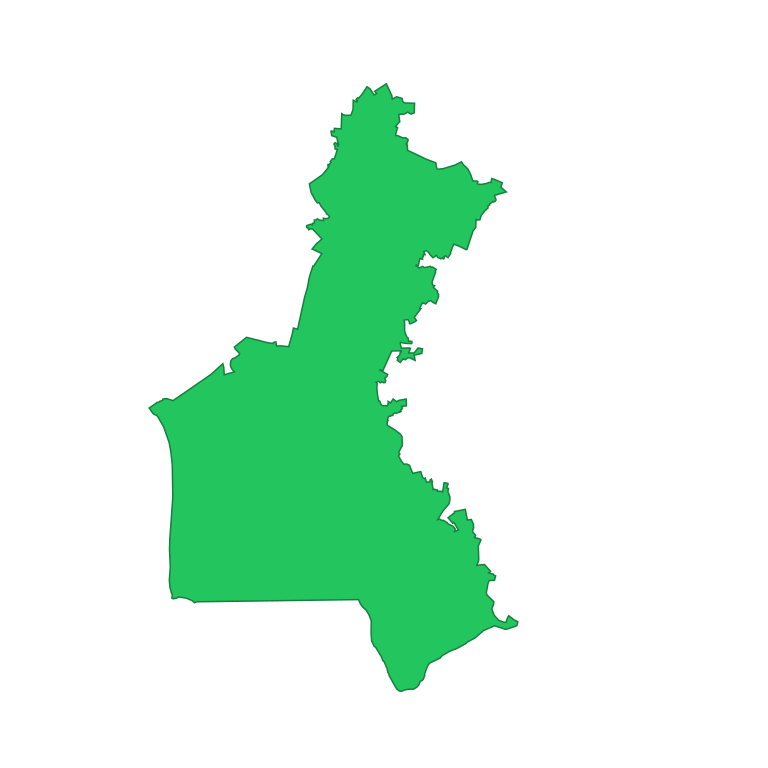 outline of Los Córdobas, Córdoba, Colombia, rotated 291°
{"feature_id": "7082276B12628358742837", "entity_name": "Los Córdobas", "entity_type": "district", "adm_level": 2, "iso_a3": "COL", "parent_name": "Colombia", "parent_adm1": "Córdoba", "projection": "albers", "projection_center": [-76.259, 8.823], "detail": "fine", "context": "isolated", "style": "filled", "palette": "green", "viewbox_px": 768, "rotation_deg": 291, "n_neighbors": 0, "source": "geoboundaries", "source_scale": "gbopen_adm2", "svg_char_len": 6171}
<svg xmlns="http://www.w3.org/2000/svg" viewBox="0 0 768 768"><g transform="rotate(291 384 384)"><path d="M544.1,242.6L536.7,247.3L531.3,253.5L529.1,256.9L530.1,258.5L527.5,261.4L523.2,268.7L522.2,269.3L522.1,270.6L520.7,273.1L518.7,272.6L517.4,270.0L517.1,268.0L514.9,269.0L513.9,264.7L514.3,262.6L512.3,261.1L512.1,260.2L509.4,261.2L508.2,259.6L507.0,260.1L506.8,258.2L504.1,255.0L502.5,255.7L502.1,257.5L501.0,258.5L502.6,259.7L503.0,262.0L497.1,274.1L490.8,270.7L484.2,268.5L483.5,279.2L468.8,276.1L468.6,275.3L456.2,276.1L446.8,277.9L436.2,278.8L404.2,283.7L403.8,279.4L397.4,280.5L384.7,281.6L382.7,274.1L380.9,270.1L384.6,267.9L383.1,265.8L382.0,266.0L380.7,259.3L378.3,238.9L364.9,231.1L363.4,232.6L360.7,238.4L358.7,238.1L354.7,235.3L353.4,233.5L350.9,232.8L347.9,233.3L345.4,234.5L343.4,236.7L341.8,240.0L335.3,231.6L342.2,228.4L345.2,226.3L330.4,218.7L292.9,193.0L292.5,186.5L291.1,183.5L290.5,182.9L289.3,183.1L287.5,180.9L285.7,179.7L285.6,178.9L277.4,173.4L273.8,178.7L273.2,180.2L273.2,183.1L272.4,184.5L264.9,193.8L252.2,204.5L244.5,209.2L232.6,215.3L202.7,227.4L162.8,239.5L152.7,243.0L136.5,250.1L123.8,253.9L117.2,257.2L112.8,260.4L112.6,261.0L109.9,262.4L108.1,262.6L107.9,264.2L109.7,267.1L111.7,268.8L113.2,276.4L113.0,282.9L111.8,285.3L113.6,287.3L173.6,437.5L170.3,440.7L168.2,443.9L166.6,448.1L163.5,452.3L158.5,456.9L146.8,461.2L139.8,464.5L135.7,468.7L135.1,470.7L128.6,479.1L125.4,482.0L124.8,483.6L119.5,488.8L116.3,490.8L115.1,492.4L113.5,493.4L104.1,504.7L102.9,508.2L103.2,510.2L105.8,513.0L107.8,516.2L109.7,521.0L112.6,523.2L115.8,524.4L119.3,524.3L120.9,525.9L122.5,526.5L126.4,526.5L127.9,525.8L135.9,525.7L139.7,526.6L148.1,534.5L151.3,535.7L157.7,540.8L163.5,547.1L170.6,553.1L172.9,554.3L179.6,560.0L189.5,565.3L197.9,573.8L198.5,585.3L200.0,587.7L205.9,594.6L209.6,594.3L210.1,594.0L210.4,590.0L212.4,583.6L210.4,583.1L205.1,583.3L204.6,581.1L204.5,575.6L207.7,569.6L212.7,565.2L217.3,565.3L220.1,564.6L223.8,556.0L225.8,554.3L234.9,552.6L237.6,552.6L238.3,552.9L240.3,557.5L244.9,557.0L244.9,555.0L245.7,554.1L245.1,549.4L247.3,550.6L251.5,542.4L248.0,535.7L253.5,535.6L266.6,530.1L273.2,530.4L273.7,529.3L273.1,523.5L275.3,523.8L276.5,522.4L277.2,520.4L278.5,519.4L282.1,519.2L285.2,517.6L288.8,514.1L286.9,510.6L296.1,504.8L290.2,495.5L288.8,495.8L282.1,491.7L278.6,498.1L279.8,499.0L274.4,505.7L271.5,502.8L274.1,502.5L275.9,499.8L276.3,494.2L277.1,492.9L278.0,488.6L277.4,487.0L277.8,484.3L276.7,482.8L286.6,484.5L295.3,487.6L299.4,487.1L302.5,485.8L306.5,482.2L309.6,481.6L309.4,479.6L313.7,479.7L314.1,478.1L313.2,475.5L304.3,477.4L304.2,475.3L303.0,472.2L304.2,471.7L303.6,467.9L302.4,468.1L309.3,464.0L310.0,464.4L312.2,462.3L310.8,461.4L309.0,462.0L307.6,458.6L311.0,456.3L310.2,455.6L310.5,453.5L315.4,449.7L310.9,442.8L317.3,436.9L317.4,433.7L316.2,431.3L318.2,427.9L322.0,423.4L324.3,423.9L324.8,422.6L326.7,422.3L332.8,423.2L341.5,419.6L343.2,416.8L345.0,410.9L346.5,402.5L347.6,401.3L349.3,400.9L350.1,400.2L351.4,401.0L352.6,399.8L353.6,400.0L354.2,399.6L355.6,400.1L356.5,401.9L357.3,402.0L357.8,403.5L359.5,403.3L360.7,404.3L361.3,406.3L364.2,409.6L364.4,408.9L364.9,409.5L366.1,409.0L366.9,409.7L368.3,409.7L369.5,408.5L371.6,412.8L377.9,410.2L374.2,403.9L372.0,402.0L373.3,397.9L368.6,396.9L369.3,394.1L366.8,395.0L364.9,395.0L363.2,389.9L363.9,388.5L366.6,386.0L366.3,385.1L371.9,381.6L377.3,378.9L382.0,377.5L382.8,376.0L384.6,378.1L383.8,380.3L385.3,381.2L385.0,383.1L385.6,384.4L387.8,384.4L389.5,382.6L392.4,384.1L394.2,384.0L395.7,374.3L396.2,378.2L417.6,379.4L421.2,388.3L420.1,388.5L420.0,387.8L416.5,388.2L413.5,386.8L413.3,387.6L410.9,388.0L409.9,391.4L414.2,392.8L414.3,395.2L416.8,396.8L417.6,398.0L417.2,404.6L421.7,401.8L426.0,408.3L430.7,407.4L429.8,402.9L423.8,401.0L421.8,396.0L426.5,395.9L426.2,395.2L426.8,395.1L423.7,387.2L427.7,384.6L428.7,384.4L429.7,389.9L431.5,395.1L432.2,395.4L433.8,394.8L432.8,391.7L435.6,390.0L435.5,389.2L439.4,385.3L442.0,383.8L448.4,381.4L450.8,379.9L452.7,383.2L451.7,384.7L449.5,386.3L449.8,387.3L453.6,390.9L454.9,391.6L457.2,388.4L467.4,391.4L467.1,390.5L467.4,390.0L473.6,390.8L473.6,394.2L477.2,395.9L478.6,397.8L477.7,400.4L477.4,403.6L485.2,403.6L487.2,402.8L488.4,400.9L489.8,400.9L491.7,395.6L494.0,396.0L493.8,394.3L494.3,393.4L496.8,392.3L507.0,392.1L508.1,391.4L509.7,391.7L510.6,387.6L509.8,386.2L510.5,385.3L507.1,379.9L507.6,377.9L504.7,375.0L505.9,373.3L505.7,371.6L506.6,371.5L506.5,372.6L507.1,373.5L514.1,372.5L514.2,375.3L515.7,374.6L517.3,375.0L519.0,374.4L519.4,376.0L521.8,373.7L523.7,375.7L522.9,378.3L521.2,380.6L519.4,384.5L522.8,386.8L521.4,389.0L521.2,392.3L522.2,393.1L522.2,394.9L523.3,395.1L523.9,394.1L525.7,395.3L524.9,398.5L530.0,399.5L530.3,399.0L539.5,398.9L539.6,403.6L538.9,412.5L539.2,413.2L559.0,412.3L563.1,413.5L570.3,411.1L570.7,411.3L570.5,412.2L571.6,414.7L576.2,414.4L581.6,416.0L585.6,418.0L587.5,417.2L588.8,418.4L589.7,418.1L593.4,420.2L593.2,421.1L594.1,422.2L596.0,422.7L599.6,419.5L607.2,429.4L609.5,422.7L614.3,422.3L614.6,413.4L614.4,410.9L610.5,411.7L610.0,410.0L607.9,407.8L605.1,403.0L604.4,400.8L604.5,399.3L606.5,399.1L606.8,398.0L605.4,394.2L610.8,389.7L614.8,385.2L617.4,379.1L619.2,376.7L613.9,371.9L606.2,362.0L603.8,357.3L603.9,356.2L609.1,353.1L609.0,343.3L610.6,322.3L615.5,320.1L615.3,319.2L616.5,318.5L616.9,319.2L620.6,319.1L621.7,316.5L620.5,313.3L620.8,307.6L620.1,306.0L621.6,305.3L628.3,304.8L628.4,302.4L634.6,304.7L640.8,301.2L643.4,306.4L646.4,308.8L645.7,311.4L645.9,312.9L648.1,315.1L657.1,311.9L653.9,302.9L654.4,300.2L657.1,298.6L656.7,292.9L652.9,289.6L656.0,288.0L665.1,278.6L653.9,270.4L652.7,273.0L650.3,271.2L654.7,265.0L655.4,261.6L646.0,259.5L641.8,257.8L641.8,256.7L639.6,256.0L638.7,257.9L637.6,257.6L637.9,253.6L629.1,256.7L623.1,256.8L621.1,251.9L620.8,249.5L621.3,247.7L606.8,252.6L604.9,246.1L601.4,246.9L601.4,244.2L601.0,243.9L597.1,246.2L597.4,251.6L594.2,253.5L591.4,255.9L589.7,255.7L591.7,253.7L591.8,251.9L590.1,251.3L588.3,253.2L585.9,254.0L586.3,256.4L577.5,256.9L576.3,256.8L575.6,255.0L572.3,254.1L571.9,255.0L569.4,254.3L568.9,253.1L567.6,253.4L567.7,254.4L565.1,254.1L557.1,251.4L544.1,242.6Z" fill="#22c55e" stroke="#15803d" stroke-width="1.5"/></g></svg>